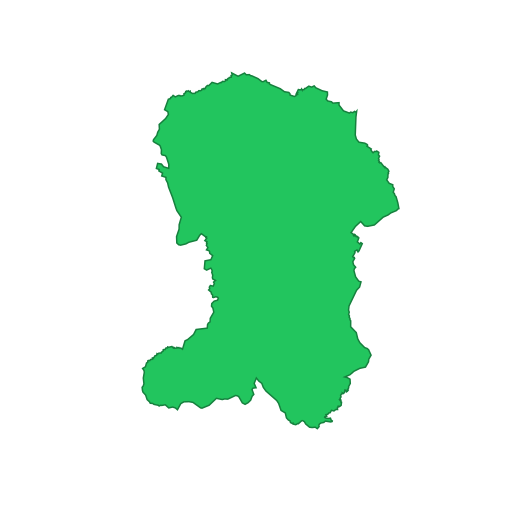 Pak Thong Chai, Nakhon Ratchasima, Thailand (orthographic projection), rotated 296°
{"feature_id": "78962969B86038514919301", "entity_name": "Pak Thong Chai", "entity_type": "district", "adm_level": 2, "iso_a3": "THA", "parent_name": "Thailand", "parent_adm1": "Nakhon Ratchasima", "projection": "orthographic", "projection_center": [101.937, 14.672], "detail": "fine", "context": "isolated", "style": "filled", "palette": "green", "viewbox_px": 512, "rotation_deg": 296, "n_neighbors": 0, "source": "geoboundaries", "source_scale": "gbopen_adm2", "svg_char_len": 6144}
<svg xmlns="http://www.w3.org/2000/svg" viewBox="0 0 512 512"><g transform="rotate(296 256 256)"><path d="M409.9,153.9L408.4,155.1L407.2,155.1L407.1,154.6L405.9,155.4L404.7,153.7L403.6,153.6L403.3,153.0L402.3,152.7L401.6,152.9L401.1,151.3L400.3,151.9L398.9,151.1L398.3,149.4L396.4,148.6L396.4,148.1L393.8,146.1L392.8,140.4L388.5,138.9L388.0,137.6L386.4,136.9L384.2,136.9L383.9,135.9L383.0,136.0L383.2,135.2L382.2,134.2L381.4,134.5L380.3,133.8L379.5,132.1L378.0,131.7L376.9,130.1L375.5,130.0L374.2,127.5L374.4,125.1L375.3,124.6L374.5,123.9L374.8,122.7L374.1,122.5L373.9,121.3L373.0,120.7L372.1,121.2L370.2,120.1L369.2,120.8L367.8,119.8L366.6,117.8L366.9,117.3L366.3,115.9L363.6,113.7L364.0,111.1L361.6,110.5L361.1,109.8L360.0,110.1L358.5,108.5L347.4,109.7L347.1,113.5L344.8,115.2L339.9,114.5L331.8,111.3L327.6,113.6L324.2,113.4L320.9,114.0L315.7,112.9L314.2,113.2L313.7,114.4L313.3,120.8L312.8,121.7L310.1,124.4L306.6,125.9L305.7,127.2L306.5,130.6L305.6,132.2L300.1,137.5L296.5,139.1L295.7,133.8L297.2,130.7L296.1,127.0L291.0,128.1L291.3,131.1L289.9,131.4L289.5,135.7L286.6,136.2L287.2,140.6L285.1,141.6L283.0,144.5L279.6,147.2L271.9,155.5L264.0,163.0L262.1,165.0L258.1,171.9L250.5,173.2L246.4,175.1L238.6,176.1L233.0,179.1L232.2,181.6L232.7,183.5L236.2,187.7L238.9,189.6L244.2,195.8L249.9,196.3L252.1,197.1L251.2,202.1L251.5,202.9L250.6,202.9L250.5,203.9L247.4,203.3L247.3,205.7L245.9,205.8L245.7,206.6L243.8,206.7L242.5,209.1L239.8,208.8L240.1,211.3L239.8,212.2L238.2,213.2L237.3,216.9L232.9,217.1L229.3,212.3L221.9,215.1L221.7,217.8L225.3,220.7L224.6,221.9L223.3,223.3L222.0,223.3L219.8,225.5L217.4,226.3L216.4,227.2L216.3,230.3L213.9,229.3L212.8,230.7L210.1,230.7L209.5,227.9L207.5,227.7L206.3,228.8L204.7,228.3L203.8,231.6L202.4,232.6L202.1,233.9L199.9,235.2L200.0,236.0L201.8,237.8L202.1,239.7L201.5,240.6L199.4,240.8L197.1,238.2L193.9,237.1L191.4,238.0L190.3,240.1L187.0,242.7L180.0,242.2L176.7,243.6L174.8,242.6L173.2,242.5L169.8,243.8L163.7,234.4L158.1,234.3L150.9,231.2L148.7,229.4L140.0,230.8L140.3,228.9L139.6,227.4L139.9,226.8L139.3,226.3L139.2,225.0L138.6,225.2L137.7,223.8L137.8,222.6L137.2,222.9L137.0,222.3L137.7,221.9L137.3,221.2L137.8,220.1L135.7,217.6L135.6,216.5L134.6,216.7L133.9,215.4L132.0,215.3L131.7,214.3L131.0,213.7L130.1,214.3L128.0,213.2L127.2,213.3L126.1,211.3L124.9,210.7L124.9,209.8L123.1,210.2L122.0,208.9L120.1,208.8L119.5,208.2L118.9,208.6L118.8,207.6L117.6,208.0L116.7,206.6L115.4,206.4L114.9,205.0L114.2,204.7L112.9,205.3L111.9,204.5L108.0,205.2L105.2,203.4L103.9,205.7L102.2,206.7L96.9,208.2L92.0,211.3L89.5,211.6L88.1,211.2L85.4,212.9L84.1,214.1L82.6,217.8L79.2,221.1L78.3,224.1L77.3,225.5L78.2,227.8L77.9,229.3L79.0,233.6L78.7,234.7L80.2,235.9L80.3,236.7L82.5,239.7L81.2,244.2L83.7,247.3L84.1,250.2L83.4,252.8L90.3,253.1L93.3,255.1L95.7,259.6L96.8,263.5L95.2,272.9L95.6,274.2L101.3,279.3L110.7,282.8L112.2,288.6L113.8,290.5L115.0,293.4L121.6,298.7L122.2,300.6L122.0,302.2L118.0,308.1L117.9,311.2L120.7,313.2L124.1,314.4L128.3,314.0L130.6,314.7L134.3,310.9L136.0,311.3L137.6,313.8L140.7,310.2L146.5,309.8L144.8,313.4L144.1,317.0L141.1,320.2L139.0,324.1L135.2,338.0L133.4,341.0L128.2,346.2L127.8,351.1L123.9,354.3L122.8,356.9L122.7,358.9L121.4,360.0L121.4,362.2L121.9,362.6L121.2,363.0L121.8,365.7L123.8,367.1L123.8,367.6L128.0,369.3L128.5,370.2L128.3,372.1L126.8,374.3L125.6,379.2L126.4,381.6L128.1,384.3L127.7,386.8L130.3,387.5L131.6,386.6L132.8,386.7L134.4,387.6L136.1,389.9L138.0,390.7L139.6,395.9L140.6,397.0L141.2,396.9L141.5,395.4L142.9,394.0L141.7,392.2L140.9,389.8L141.1,388.4L141.7,388.3L143.0,389.8L144.1,388.4L145.2,389.9L146.8,390.2L147.6,391.3L150.4,391.5L150.9,394.0L153.0,395.0L153.8,396.6L155.2,395.7L156.3,395.7L156.5,396.3L157.1,395.9L157.5,397.2L159.1,398.0L162.0,397.0L161.9,396.3L163.0,396.0L162.9,395.0L163.5,394.1L164.1,394.9L164.9,393.9L166.6,394.2L167.9,393.1L169.6,393.4L170.2,394.2L170.8,393.7L170.7,394.8L171.9,395.3L174.6,394.7L174.7,395.7L173.5,396.8L174.5,397.4L175.9,397.7L176.1,396.9L178.1,397.1L179.2,396.5L182.8,396.6L186.5,394.5L186.7,391.2L186.2,388.8L190.5,392.5L195.4,394.6L200.6,398.6L204.1,403.1L210.2,403.5L212.7,402.6L217.3,402.9L221.1,398.3L221.6,396.4L221.3,393.9L223.6,387.3L226.1,383.8L231.1,379.7L233.9,372.1L239.3,369.5L239.9,368.4L241.1,367.8L241.8,366.6L243.1,366.2L244.1,364.8L246.4,364.4L247.9,362.9L251.9,361.5L269.3,361.4L273.5,362.7L278.8,361.7L278.4,359.4L280.9,354.7L285.8,350.4L287.7,350.0L289.6,350.5L290.8,347.6L293.3,345.5L297.1,345.7L297.8,344.9L297.4,344.3L297.8,343.2L302.4,343.5L303.4,342.6L305.7,344.1L304.4,345.9L305.7,346.3L313.7,346.1L314.0,344.4L312.3,344.1L313.1,340.9L317.3,340.5L317.3,339.5L317.9,339.1L317.4,337.7L318.0,337.6L317.7,336.8L318.4,336.0L317.5,335.6L318.2,335.1L317.2,334.8L317.5,334.4L318.1,334.6L318.7,331.2L326.2,332.4L332.9,335.0L330.7,340.4L331.6,343.3L335.8,348.8L346.7,353.3L350.9,356.8L353.7,358.2L358.5,362.4L360.2,362.8L361.2,363.7L365.9,360.2L370.7,355.9L371.3,354.3L372.7,353.1L373.4,351.4L377.0,350.8L378.4,348.4L380.0,347.7L379.7,343.9L381.7,340.1L384.4,340.1L387.2,338.8L388.3,338.9L388.7,338.3L390.4,338.3L391.8,336.4L392.3,333.7L391.9,333.2L392.8,332.6L392.4,331.8L394.6,327.3L393.9,326.5L394.2,325.4L395.2,325.4L395.5,324.3L396.6,324.3L397.5,323.3L399.9,323.3L400.5,321.7L403.0,321.0L403.3,318.5L402.6,318.3L401.9,316.6L400.2,316.1L400.1,315.6L401.7,312.7L402.7,312.7L403.3,307.6L404.6,307.7L405.0,306.8L405.1,304.3L403.4,298.6L405.1,295.0L408.2,292.2L424.7,284.9L430.3,283.0L429.0,282.7L429.2,281.2L427.3,280.2L426.8,278.0L425.4,277.3L424.8,271.0L428.0,264.5L430.2,263.4L427.1,258.1L427.7,256.2L426.8,252.5L427.7,250.3L432.1,249.7L434.7,248.3L433.5,242.9L433.4,236.0L434.4,233.7L432.2,232.0L431.8,229.0L428.2,227.0L428.0,226.4L426.4,226.1L425.9,224.8L425.3,224.9L426.1,223.7L425.4,223.7L424.6,222.8L424.2,221.1L419.9,221.1L420.5,221.9L419.3,221.7L419.2,222.3L418.3,221.4L417.7,221.7L416.2,220.6L415.6,216.1L416.7,215.4L417.4,213.8L416.1,209.5L417.0,204.5L416.4,193.8L416.6,192.6L417.5,192.1L416.9,189.9L418.3,187.9L415.8,186.0L415.3,184.9L416.3,180.0L416.1,173.1L415.7,172.4L416.1,170.5L414.6,167.8L415.4,165.5L409.7,161.1L409.9,153.9Z" fill="#22c55e" stroke="#15803d" stroke-width="1.5"/></g></svg>